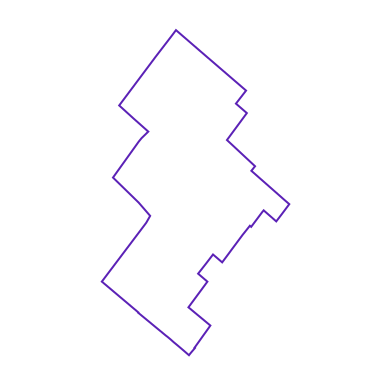 General Guido, Buenos Aires, Argentina (Equal Earth projection), rotated 356°
{"feature_id": "61730980B41979026536133", "entity_name": "General Guido", "entity_type": "district", "adm_level": 2, "iso_a3": "ARG", "parent_name": "Argentina", "parent_adm1": "Buenos Aires", "projection": "equal_earth", "projection_center": [-57.976, -36.677], "detail": "fine", "context": "isolated", "style": "outline", "palette": "violet", "viewbox_px": 384, "rotation_deg": 356, "n_neighbors": 0, "source": "geoboundaries", "source_scale": "gbopen_adm2", "svg_char_len": 892}
<svg xmlns="http://www.w3.org/2000/svg" viewBox="0 0 384 384"><g transform="rotate(356 192 192)"><path d="M201.0,326.5L180.4,306.8L201.1,282.5L192.4,273.9L201.1,264.3L208.6,255.8L217.2,264.3L224.6,255.7L227.3,252.5L239.4,238.4L247.4,229.7L248.6,230.9L260.6,217.0L262.2,215.3L274.0,227.2L280.0,220.4L288.2,210.9L283.3,206.0L252.7,175.0L256.7,170.7L230.5,142.6L252.2,117.1L244.8,109.7L242.0,106.9L253.0,94.6L209.9,51.9L187.3,29.4L183.1,34.3L165.2,54.5L125.4,100.6L139.0,114.8L152.6,128.7L145.4,134.8L142.4,138.0L118.4,167.0L114.2,172.1L138.1,198.9L148.6,212.9L144.2,219.5L143.4,220.4L142.9,221.0L95.8,275.1L130.1,308.4L129.9,308.7L145.9,323.9L149.7,327.5L155.9,333.4L157.5,334.8L160.3,337.5L163.3,340.6L165.1,342.3L167.5,344.6L173.1,350.1L177.6,354.6L179.5,352.5L184.0,347.9L183.6,347.6L188.5,341.7L194.0,335.0L198.9,329.1L201.0,326.5Z" fill="none" stroke="#5b21b6" stroke-width="2"/></g></svg>